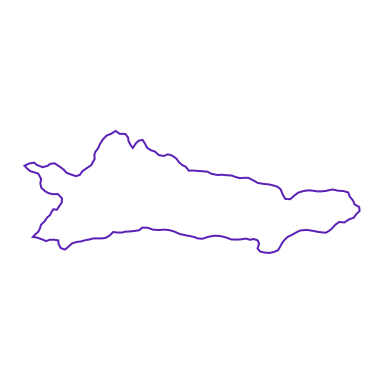 the district of Nova União, Minas Gerais, Brazil, rotated 91°
{"feature_id": "56859067B33614393926372", "entity_name": "Nova União", "entity_type": "district", "adm_level": 2, "iso_a3": "BRA", "parent_name": "Brazil", "parent_adm1": "Minas Gerais", "projection": "albers", "projection_center": [-43.572, -19.623], "detail": "fine", "context": "isolated", "style": "outline", "palette": "violet", "viewbox_px": 384, "rotation_deg": 91, "n_neighbors": 0, "source": "geoboundaries", "source_scale": "gbopen_adm2", "svg_char_len": 2479}
<svg xmlns="http://www.w3.org/2000/svg" viewBox="0 0 384 384"><g transform="rotate(91 192 192)"><path d="M236.1,193.4L237.0,188.9L238.3,185.5L238.6,180.7L236.7,175.5L235.4,169.6L235.4,164.0L236.3,159.6L237.2,156.2L238.8,151.8L238.8,146.8L238.5,142.1L237.6,137.1L238.8,133.2L237.9,129.6L239.2,125.5L242.4,124.0L247.3,125.5L250.3,122.9L251.2,119.0L251.6,113.1L250.2,108.1L248.6,104.9L245.3,103.0L241.3,100.9L238.1,98.5L235.4,95.8L232.9,90.9L230.1,86.2L228.5,82.8L227.9,76.5L228.8,70.0L229.7,64.9L230.1,61.1L230.4,57.5L228.3,54.1L226.0,51.4L222.1,48.0L219.4,44.3L219.8,39.1L216.6,34.5L214.9,29.9L211.0,27.1L208.0,24.1L204.1,24.6L201.6,29.2L197.7,30.9L194.0,34.1L189.7,35.8L188.4,40.7L188.1,46.3L187.0,51.5L188.6,58.4L189.2,63.6L189.2,67.1L188.6,70.9L188.3,74.9L188.8,79.2L189.7,82.6L190.8,85.8L193.6,89.4L197.5,93.7L197.3,98.6L193.2,101.1L187.7,103.5L185.2,106.7L184.0,110.9L183.0,115.6L182.7,120.2L181.8,126.4L179.0,131.5L176.9,135.8L176.9,140.1L177.3,144.5L176.2,148.7L174.8,152.8L174.6,158.2L174.2,162.8L174.6,166.6L173.5,172.7L171.4,177.1L171.0,182.7L170.8,187.1L170.5,191.5L170.7,195.7L167.0,198.5L165.2,202.3L162.5,205.5L159.1,208.0L156.1,212.2L154.7,216.8L156.5,220.8L155.7,225.8L152.2,229.8L151.0,233.8L148.6,237.6L144.2,240.0L140.8,242.3L141.7,246.3L144.0,248.7L149.0,252.0L145.8,254.4L142.1,256.4L138.8,256.8L135.1,259.7L135.1,265.2L132.3,269.5L135.2,273.8L137.1,278.4L141.1,282.1L145.6,284.8L150.2,286.8L153.5,289.3L156.7,290.3L160.7,289.9L163.7,291.6L166.8,293.1L168.8,295.9L170.7,298.7L173.3,302.1L176.9,304.5L178.2,308.2L176.7,313.1L175.1,317.6L171.6,321.0L169.1,324.5L165.7,329.9L166.3,334.0L168.4,336.9L169.8,341.8L167.7,347.5L165.4,350.3L166.3,355.2L168.7,359.9L171.6,357.1L174.1,353.8L175.2,349.7L176.4,346.0L181.5,343.1L186.2,343.8L190.5,342.7L193.6,339.1L195.4,336.0L196.6,331.8L196.5,325.8L200.8,321.8L204.9,322.1L208.6,324.6L212.1,326.8L211.7,330.3L214.4,332.1L217.8,333.7L219.9,336.3L223.3,338.4L227.4,342.4L231.3,343.5L234.3,344.9L236.6,347.5L239.7,350.3L240.3,346.2L242.0,340.9L243.7,336.9L242.2,333.5L242.1,329.3L242.7,324.9L246.4,324.5L250.5,322.1L251.7,317.9L248.8,314.6L245.4,310.9L243.9,306.0L243.4,302.2L242.2,298.4L241.2,293.5L240.2,290.1L240.0,284.8L240.0,281.2L239.3,277.4L236.9,273.5L233.4,270.1L233.8,265.9L233.8,261.4L232.8,258.0L232.6,254.2L232.0,248.9L231.1,243.9L228.5,241.2L228.5,235.8L230.3,230.4L230.6,225.1L230.1,218.3L230.6,213.6L232.0,208.6L234.2,203.6L235.2,198.5L236.1,193.4Z" fill="none" stroke="#5b21b6" stroke-width="2"/></g></svg>